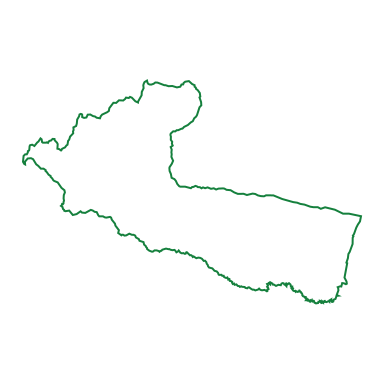 outline of Acacías, Meta, Colombia
{"feature_id": "7082276B9890611779462", "entity_name": "Acacías", "entity_type": "district", "adm_level": 2, "iso_a3": "COL", "parent_name": "Colombia", "parent_adm1": "Meta", "projection": "robinson", "projection_center": [-73.729, 4.023], "detail": "fine", "context": "isolated", "style": "outline", "palette": "green", "viewbox_px": 384, "rotation_deg": 0, "n_neighbors": 0, "source": "geoboundaries", "source_scale": "gbopen_adm2", "svg_char_len": 5978}
<svg xmlns="http://www.w3.org/2000/svg" viewBox="0 0 384 384"><path d="M79.5,114.5L79.1,116.3L77.2,119.5L76.8,123.6L76.1,126.0L73.4,127.4L73.6,130.0L73.0,131.4L73.2,133.3L70.1,136.6L69.2,139.6L68.1,140.9L67.5,144.7L66.4,145.5L65.0,147.4L62.1,148.8L61.3,150.4L60.8,150.4L59.4,149.2L57.4,148.7L57.7,144.1L57.0,142.7L54.7,140.3L54.5,139.0L52.6,138.9L50.9,140.6L50.0,140.7L48.9,141.3L48.0,142.9L46.9,142.3L46.2,142.7L42.9,142.7L42.1,142.1L41.6,139.3L40.5,138.4L38.4,141.6L37.3,142.4L34.4,146.0L32.2,144.7L30.1,145.2L29.6,146.2L29.3,149.7L29.0,150.5L27.9,151.1L27.8,152.5L26.8,154.3L25.2,154.3L23.6,155.9L23.0,161.8L24.2,163.9L25.1,164.4L24.9,161.8L27.7,158.5L31.0,158.2L33.1,159.2L36.2,164.3L38.3,165.9L40.9,168.7L43.6,168.7L45.7,170.2L45.6,171.1L46.7,172.0L48.6,174.7L50.6,176.0L50.6,176.8L52.3,178.5L53.2,180.1L54.1,180.9L57.7,182.4L61.5,187.9L64.4,190.2L64.9,192.4L63.8,195.1L63.6,198.4L64.0,200.7L63.5,202.1L63.5,203.4L62.9,204.2L62.1,204.0L61.8,205.2L61.0,205.9L62.5,207.0L63.0,209.0L64.1,209.9L64.3,210.8L65.5,211.2L69.2,210.6L72.8,215.0L76.6,214.1L80.6,211.3L82.0,212.6L85.3,212.9L90.8,209.9L92.7,210.5L94.6,211.8L96.7,212.1L98.3,215.3L99.2,216.3L102.9,216.3L104.9,217.4L106.4,217.6L110.0,216.9L111.1,217.6L111.8,219.7L115.0,223.7L115.4,225.6L118.9,230.2L118.2,233.0L121.4,235.3L122.0,234.7L123.3,234.8L124.4,235.6L126.2,235.4L129.3,233.7L131.9,234.8L133.6,234.8L135.2,235.6L135.9,237.4L138.8,239.1L139.5,240.8L143.5,242.1L144.1,244.6L145.8,246.1L146.0,246.9L147.0,248.0L147.1,249.0L149.3,250.7L152.0,251.7L152.9,251.6L154.5,250.4L156.6,250.4L158.6,251.0L159.5,251.8L160.4,250.9L161.4,250.8L162.3,249.7L166.0,248.6L168.5,249.2L169.4,249.1L170.4,249.7L172.5,250.2L174.4,249.9L175.2,250.5L176.4,252.3L178.0,251.4L178.7,250.5L180.4,252.7L181.8,253.3L183.5,253.1L184.6,253.8L185.6,253.7L186.3,252.3L186.8,252.2L190.0,255.3L190.9,255.1L191.8,255.6L192.8,257.0L193.6,256.4L196.3,258.2L198.3,257.6L200.3,257.9L202.0,258.8L203.7,260.9L205.0,260.7L206.3,262.1L206.7,263.7L207.7,264.9L208.0,266.1L209.0,267.5L212.4,268.4L214.5,270.8L216.7,271.4L218.0,272.8L218.6,274.5L219.1,274.9L221.5,274.8L222.2,275.8L223.7,275.8L223.9,276.8L225.5,277.8L226.5,277.9L227.3,277.5L227.6,278.4L228.5,278.7L228.3,279.6L229.0,279.7L229.1,279.0L229.4,279.0L229.8,280.9L231.3,281.2L232.2,281.9L232.0,282.6L232.8,284.0L234.0,283.5L234.6,284.8L236.4,284.4L237.7,285.9L239.1,286.1L239.9,286.9L241.2,286.3L242.1,286.8L244.7,287.0L245.4,287.9L247.3,288.3L248.2,287.4L249.0,287.3L251.5,289.1L252.7,289.7L253.8,289.6L255.3,290.4L258.0,289.6L259.1,288.6L260.3,289.8L262.0,290.3L264.6,289.9L266.9,291.3L267.4,291.0L267.3,289.6L268.5,289.1L268.1,287.8L267.1,286.8L268.0,285.7L267.1,284.0L268.1,283.7L268.6,283.1L270.3,284.5L270.4,283.8L269.8,282.7L270.1,282.2L272.5,283.6L273.0,284.7L274.1,284.7L276.0,285.9L278.4,284.8L280.8,285.2L281.5,283.6L282.6,283.1L283.6,283.3L284.3,284.5L285.5,285.1L286.4,286.1L286.5,284.9L286.1,283.5L286.5,283.4L287.2,284.7L289.0,283.2L290.5,284.5L290.8,286.2L292.2,286.5L291.9,287.4L293.1,288.4L292.9,288.8L291.8,288.7L293.2,290.6L294.2,291.1L295.2,290.8L295.8,291.9L296.6,291.3L297.6,291.9L298.6,291.6L299.3,290.5L299.6,290.6L300.1,291.7L300.8,291.9L301.1,292.8L301.8,293.2L302.4,294.5L302.3,295.3L303.0,296.2L303.7,296.3L305.0,297.6L305.2,297.0L305.8,297.1L305.8,298.4L306.8,298.6L306.9,299.1L306.1,300.2L307.2,300.2L307.3,299.4L307.8,299.3L308.2,299.7L308.0,300.6L309.4,300.5L309.5,301.4L310.0,301.7L310.6,300.3L311.4,300.8L311.9,300.1L312.4,301.6L312.8,301.6L313.0,300.7L313.9,300.9L314.6,302.8L315.7,303.0L316.0,303.4L318.1,303.0L318.4,301.8L320.1,301.8L320.0,301.1L321.0,301.7L320.7,302.4L321.4,303.0L322.1,302.8L321.9,302.0L322.8,302.6L322.6,301.6L323.6,302.4L324.4,302.0L324.6,300.1L325.0,301.8L326.6,302.1L327.6,301.5L328.9,301.2L329.3,301.6L329.3,300.5L330.8,299.6L330.4,300.8L331.7,300.6L331.8,301.8L332.5,301.9L332.5,300.6L333.4,300.9L333.6,299.7L335.5,298.9L336.5,295.9L338.2,295.7L336.7,295.0L338.4,290.4L338.2,288.3L337.7,287.2L340.2,286.3L341.3,286.5L342.2,283.1L343.9,283.3L345.9,284.2L346.8,283.7L346.5,281.5L344.5,277.6L347.2,263.2L346.4,262.7L347.9,258.2L348.4,254.0L349.7,251.9L352.6,244.0L352.7,237.7L353.4,236.4L352.9,235.7L354.0,234.0L356.3,227.6L357.9,224.5L360.0,221.4L361.0,216.2L349.1,213.7L343.1,213.7L334.9,209.7L325.1,207.3L320.8,208.8L317.8,207.2L313.5,207.2L310.3,206.7L304.5,204.6L300.3,203.9L297.2,202.7L293.2,202.1L282.2,199.0L273.4,195.4L266.1,195.3L264.0,196.3L260.8,196.1L257.9,195.4L255.3,194.0L252.6,193.6L246.9,195.0L243.6,193.8L237.9,193.9L234.2,192.4L230.6,190.2L226.5,189.8L224.4,188.6L223.1,188.4L218.5,188.6L216.1,189.5L213.8,188.3L211.0,188.8L207.6,187.4L205.1,188.2L203.0,187.4L201.5,188.3L199.9,187.2L197.8,187.1L196.8,186.3L195.4,185.9L193.5,186.9L192.2,187.0L190.9,188.2L185.2,186.7L180.4,186.7L179.2,186.2L177.3,184.0L175.8,180.8L174.4,179.1L171.6,177.8L170.9,174.0L169.6,171.0L169.4,168.3L169.5,167.3L171.8,163.8L173.1,160.8L171.4,156.9L171.7,154.2L171.4,152.4L171.7,149.6L170.7,147.0L172.7,145.6L171.9,143.7L172.2,141.8L170.8,139.8L170.9,136.6L170.4,134.9L170.7,133.6L173.2,131.3L175.3,131.4L176.7,130.2L178.2,130.2L181.5,128.7L182.5,128.6L184.1,126.9L187.9,125.0L190.8,122.4L192.8,121.2L194.2,118.3L196.1,116.6L197.0,115.1L199.5,107.3L201.3,105.3L201.1,102.1L199.5,97.4L200.3,96.6L199.8,93.0L197.7,90.1L196.0,88.8L195.8,87.6L194.6,86.7L194.6,85.2L192.2,84.1L188.9,81.1L185.2,81.7L183.6,83.0L183.2,84.4L181.5,84.5L180.3,86.7L176.9,87.4L172.3,86.0L168.6,86.2L165.5,85.2L164.3,85.2L157.5,82.6L155.3,82.5L153.6,83.8L151.2,84.6L149.6,84.5L148.3,83.9L147.5,82.7L147.0,80.6L144.6,82.0L143.9,83.3L143.3,85.2L143.6,88.2L141.8,91.9L141.6,95.3L138.1,101.5L138.0,102.5L135.4,101.3L131.9,97.7L130.0,96.9L128.8,98.0L126.0,97.6L125.1,99.0L123.2,100.5L119.0,100.3L116.2,102.9L113.4,102.8L109.3,108.2L108.9,110.9L107.2,112.2L102.1,114.6L100.7,116.3L100.0,118.3L96.6,117.7L95.0,116.5L93.0,116.1L90.3,114.5L87.7,114.7L86.4,117.5L84.1,117.9L82.2,117.1L82.2,114.8L81.8,114.2L80.7,113.9L79.5,114.5Z" fill="none" stroke="#15803d" stroke-width="2"/></svg>